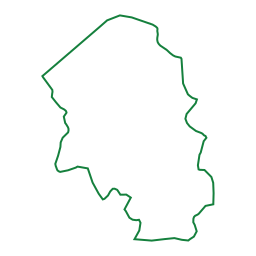 SVG path tracing the border of Santa Bárbara
{"feature_id": "HND-650", "entity_name": "Santa Bárbara", "entity_type": "Department", "adm_level": 1, "iso_a3": "HND", "parent_name": "Honduras", "parent_adm1": "", "projection": "robinson", "projection_center": [-88.343, 15.095], "detail": "fine", "context": "isolated", "style": "outline", "palette": "green", "viewbox_px": 256, "rotation_deg": 0, "n_neighbors": 0, "source": "natural_earth", "source_scale": "10m", "svg_char_len": 1562}
<svg xmlns="http://www.w3.org/2000/svg" viewBox="0 0 256 256"><path d="M42.4,76.1L61.5,59.7L80.7,43.2L100.0,26.6L107.2,20.3L107.3,20.3L119.9,15.4L131.7,17.4L152.6,24.6L155.7,26.5L157.2,27.9L157.5,28.9L157.3,31.0L157.7,33.4L157.8,34.7L157.3,37.7L157.2,39.5L157.4,40.9L157.8,42.4L158.8,44.0L160.3,45.6L166.8,50.0L170.1,53.1L173.1,55.4L175.3,56.5L180.8,57.7L181.5,58.9L183.1,83.5L187.9,94.3L189.6,95.8L192.4,97.9L196.9,99.4L195.6,103.3L186.6,114.0L185.4,118.8L187.0,123.0L189.7,126.4L196.0,131.0L201.0,132.9L202.5,133.7L204.0,135.3L205.5,136.0L206.4,137.8L203.7,141.2L200.7,152.6L199.5,154.7L197.9,165.3L198.6,169.4L199.7,169.8L204.5,170.0L211.4,177.0L213.2,182.8L213.6,193.2L213.3,204.3L205.5,205.9L198.8,213.7L197.6,214.6L195.1,215.8L194.0,217.0L193.4,218.8L193.3,222.3L194.7,224.9L196.7,231.3L193.9,236.6L189.9,239.2L188.3,240.5L181.8,239.8L174.4,238.1L164.6,239.1L151.7,240.6L134.5,239.2L139.3,230.5L140.5,222.8L139.0,219.8L136.3,220.2L132.6,219.7L129.4,217.7L125.8,211.1L124.5,209.4L130.8,197.6L126.3,194.6L120.4,194.7L117.6,190.4L117.1,189.8L114.6,188.7L112.7,188.8L110.2,191.5L108.0,195.5L104.5,198.8L102.8,199.4L98.7,193.7L92.6,182.6L87.8,168.4L77.5,166.6L75.8,167.6L68.0,170.3L60.2,171.9L58.9,171.4L57.5,170.4L56.8,168.9L56.3,167.4L55.8,166.2L55.3,163.9L58.1,155.7L60.4,147.0L60.7,142.4L62.7,137.7L68.1,132.4L68.5,130.6L68.5,128.8L68.0,127.3L66.2,124.3L65.2,123.0L63.8,116.6L66.5,112.7L66.3,111.8L65.8,110.8L64.1,109.4L60.4,107.5L55.9,102.2L51.8,97.0L52.2,93.6L52.5,91.9L52.3,89.9L43.0,77.2L42.4,76.1Z" fill="none" stroke="#15803d" stroke-width="2"/></svg>